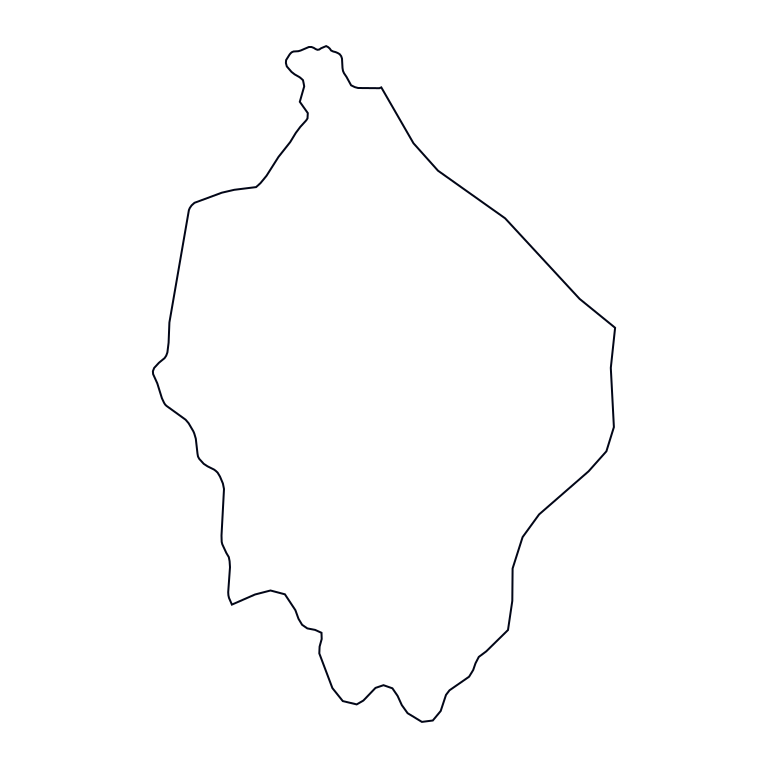 outline of Narathiwat
{"feature_id": "THA-493", "entity_name": "Narathiwat", "entity_type": "Province", "adm_level": 1, "iso_a3": "THA", "parent_name": "Thailand", "parent_adm1": "", "projection": "robinson", "projection_center": [101.624, 6.183], "detail": "fine", "context": "isolated", "style": "outline", "palette": "ink", "viewbox_px": 768, "rotation_deg": 0, "n_neighbors": 0, "source": "natural_earth", "source_scale": "10m", "svg_char_len": 1873}
<svg xmlns="http://www.w3.org/2000/svg" viewBox="0 0 768 768"><path d="M615.1,327.8L610.8,367.9L613.9,427.1L606.4,451.3L588.6,471.3L539.1,514.4L522.6,537.1L512.6,568.5L512.3,600.9L508.0,630.0L486.2,651.4L478.8,656.9L475.5,663.3L473.2,670.0L469.1,676.7L449.5,690.3L446.0,694.9L440.7,711.0L432.8,720.5L421.9,721.9L407.6,713.2L401.8,705.1L397.6,695.9L392.4,688.3L383.5,685.2L375.5,687.9L364.0,699.9L363.3,700.6L356.7,704.4L342.8,701.1L332.4,688.1L319.3,653.4L319.6,646.6L321.7,639.0L321.5,632.8L315.1,629.9L307.3,628.4L302.1,624.8L298.5,618.8L295.4,610.2L284.9,594.3L270.5,590.5L255.0,594.5L231.9,604.6L229.0,597.9L228.4,595.3L228.2,592.2L230.0,567.2L229.6,561.2L228.8,557.1L226.4,553.1L222.3,544.3L221.7,541.9L221.5,535.6L224.0,489.0L222.9,483.5L220.0,476.6L217.6,472.6L215.8,470.9L214.1,469.6L207.5,466.3L203.7,463.8L199.2,458.8L198.0,456.5L197.5,453.7L195.8,438.7L194.3,433.6L193.4,431.4L188.6,423.2L185.6,419.7L166.5,405.9L165.1,404.5L164.0,402.7L161.9,398.2L157.3,383.4L153.1,374.1L152.9,371.2L154.2,367.9L159.0,362.7L164.6,358.1L166.2,355.7L167.4,352.4L168.6,342.7L169.4,322.5L188.9,210.1L189.8,208.0L191.6,205.4L194.5,202.8L221.8,192.7L234.3,189.8L256.1,187.1L260.5,183.1L266.5,175.8L278.5,156.9L290.2,142.1L295.8,132.9L300.2,127.0L306.2,120.4L307.5,118.4L307.8,113.1L299.8,101.8L304.2,86.4L303.7,83.6L303.0,80.2L301.3,78.6L299.6,77.2L294.7,74.4L291.5,71.9L286.8,66.4L285.9,63.0L286.1,60.1L289.6,54.5L290.6,53.3L291.7,52.3L293.5,51.5L298.3,51.2L300.7,50.5L308.9,47.0L311.5,47.0L313.8,47.9L315.7,49.1L317.5,49.8L319.3,49.5L321.0,48.3L326.1,46.1L328.1,47.1L329.8,48.6L331.1,50.5L333.2,51.5L335.6,52.1L337.7,53.0L339.7,54.2L341.2,56.2L342.0,58.6L342.5,68.0L343.0,70.9L344.0,73.2L346.5,76.9L351.1,85.3L354.8,87.1L358.1,88.0L379.4,88.2L381.3,87.4L413.5,143.3L438.0,170.7L505.1,218.3L579.6,298.9L614.9,327.6L615.1,327.8Z" fill="none" stroke="#020617" stroke-width="2"/></svg>